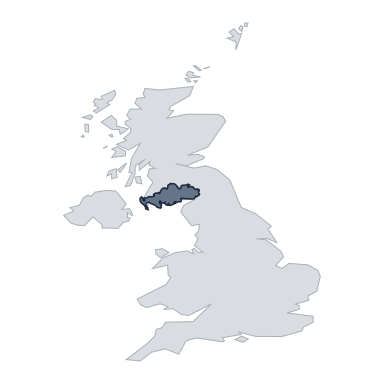 United Kingdom, with Dumfries and Galloway highlighted
{"feature_id": "GBR-2138", "entity_name": "Dumfries and Galloway", "entity_type": "Unitary District", "adm_level": 1, "iso_a3": "GBR", "parent_name": "United Kingdom", "parent_adm1": "", "projection": "equal_earth", "projection_center": [-4.095, 55.048], "detail": "fine", "context": "in_parent", "style": "filled", "palette": "slate", "viewbox_px": 384, "rotation_deg": 0, "n_neighbors": 0, "source": "natural_earth", "source_scale": "10m", "svg_char_len": 7396}
<svg xmlns="http://www.w3.org/2000/svg" viewBox="0 0 384 384"><path d="M211.5,303.8L188.9,315.4L181.8,314.7L173.1,308.7L164.1,309.5L167.9,306.5L160.1,303.8L146.5,307.6L140.7,304.9L137.1,299.1L166.3,284.4L170.8,277.3L168.2,275.1L167.6,265.1L152.4,268.6L163.3,257.6L176.4,252.3L187.7,251.0L193.7,253.8L191.9,249.5L194.5,248.4L198.3,252.4L202.7,252.2L194.5,245.6L198.0,238.5L194.9,235.0L198.6,231.2L199.4,224.2L191.7,225.8L180.7,211.9L183.9,205.2L194.9,199.5L181.7,199.7L171.3,205.0L163.7,202.9L156.9,205.7L149.2,202.9L146.8,207.9L141.1,202.5L140.2,198.5L143.2,198.4L153.0,182.2L147.5,176.0L149.2,168.8L155.4,168.5L148.8,165.0L149.9,161.7L139.4,170.1L139.2,164.6L145.0,159.4L135.1,166.0L135.0,173.8L130.5,185.7L125.1,186.6L132.0,172.8L129.0,172.4L131.4,158.8L140.3,143.2L128.5,150.1L116.5,144.4L126.6,140.2L123.4,138.7L130.2,132.6L131.0,128.6L125.2,124.2L125.1,121.5L130.6,119.1L126.6,115.4L130.1,109.0L141.3,109.0L135.0,103.3L136.9,98.2L145.1,97.5L143.1,93.9L145.0,88.4L159.4,90.0L193.5,86.4L189.6,95.7L170.4,106.6L169.2,109.8L173.7,110.8L166.8,118.1L187.7,114.1L218.2,114.4L223.4,117.1L225.6,121.3L207.9,146.9L187.6,155.3L198.3,154.3L204.2,156.7L203.7,158.7L186.3,165.8L175.5,163.7L194.3,168.1L205.7,165.8L217.2,169.6L229.8,180.0L241.2,207.4L255.7,213.8L271.2,226.1L268.1,229.2L276.8,242.5L266.7,238.4L256.6,238.8L266.1,239.8L281.1,251.4L283.5,257.1L275.7,265.4L281.8,268.6L289.0,263.4L307.6,264.8L317.8,270.4L320.3,276.1L316.9,291.2L307.7,296.1L308.9,300.3L295.3,304.1L299.2,305.5L299.2,309.4L287.0,312.9L313.2,316.3L313.0,322.4L303.8,326.9L301.7,331.0L281.9,336.5L255.6,336.4L238.8,332.0L241.0,334.5L222.5,337.7L224.4,341.0L222.5,341.8L196.8,338.0L186.1,340.9L178.8,354.1L165.1,348.9L150.9,352.4L140.4,361.0L126.1,359.6L146.5,344.2L154.8,336.0L156.4,329.3L162.4,327.6L165.3,322.2L193.1,321.6L211.5,303.8ZM118.1,228.3L101.9,228.0L102.0,224.7L92.9,216.9L84.5,225.6L77.3,225.3L70.9,223.0L63.7,215.4L73.8,210.9L69.9,207.6L79.2,205.4L83.9,197.1L87.9,195.1L90.9,196.5L94.9,192.2L107.0,190.4L115.8,191.1L126.2,203.8L122.0,209.4L129.6,208.7L132.4,213.9L132.1,215.8L127.3,212.3L127.6,217.7L130.1,218.0L128.8,221.2L123.2,222.4L118.1,228.3ZM115.6,94.5L112.4,99.7L106.7,102.6L109.8,104.7L96.4,112.9L93.3,111.0L99.0,107.7L94.1,105.3L95.9,103.9L93.4,102.5L95.0,98.7L102.5,99.7L101.3,96.3L114.7,90.3L115.6,94.5ZM116.6,120.3L116.7,126.1L128.3,128.8L120.3,134.4L119.2,129.6L111.9,129.5L101.1,122.2L111.3,115.4L116.6,120.3ZM234.0,28.8L239.1,34.3L241.6,33.5L236.0,49.9L236.0,41.9L226.9,38.2L233.9,36.7L229.0,32.1L234.0,28.8ZM125.3,155.9L111.7,157.5L116.2,151.4L111.7,149.0L117.2,146.6L125.7,151.4L125.3,155.9ZM162.1,248.7L169.0,252.4L160.5,257.9L155.9,253.8L155.5,249.7L162.1,248.7ZM116.2,168.8L117.1,177.3L111.6,178.9L111.7,173.5L106.9,176.1L108.9,171.1L116.2,168.8ZM193.4,72.7L193.0,75.4L200.6,76.9L190.6,78.0L186.0,75.0L188.6,71.3L193.4,72.7ZM142.0,183.9L136.3,182.8L135.3,177.0L140.1,176.3L142.0,183.9ZM248.2,338.9L243.3,342.3L235.0,339.7L241.6,336.1L248.2,338.9ZM120.2,172.4L117.6,169.9L126.5,162.9L124.6,166.4L120.2,172.4ZM90.2,114.9L93.0,116.6L90.6,119.5L82.4,117.4L90.2,114.9ZM88.7,132.2L85.4,131.7L84.8,124.1L88.4,124.4L88.7,132.2ZM241.8,31.6L238.8,29.0L240.4,25.7L242.9,26.6L241.8,31.6ZM201.3,70.1L199.2,70.8L193.4,66.0L195.2,65.4L201.3,70.1ZM190.7,81.7L187.9,82.0L185.0,78.2L188.1,78.4L190.7,81.7ZM248.1,23.0L247.0,26.7L244.6,26.3L244.7,23.1L248.1,23.0ZM208.7,67.6L203.0,68.8L209.2,66.8L208.7,67.6ZM112.9,136.8L111.2,137.1L109.1,135.2L111.9,134.2L112.9,136.8ZM197.3,80.7L195.4,82.8L193.9,80.8L197.3,80.7ZM106.4,147.2L102.9,148.2L107.6,146.0L106.4,147.2ZM84.3,136.8L82.1,137.2L81.2,136.6L83.4,135.2L84.3,136.8Z" fill="#d9dde1" stroke="#a8b0b8" stroke-width="1"/><path d="M199.6,194.5L199.0,195.1L198.9,195.2L198.7,195.4L198.6,195.5L197.7,195.8L197.2,196.5L196.9,196.7L196.5,196.8L196.3,196.8L195.4,196.4L195.2,196.4L195.0,196.6L195.0,197.4L194.9,197.5L194.6,198.0L194.5,198.6L192.3,199.0L184.2,198.6L183.7,198.5L183.3,198.4L183.0,198.3L182.6,198.4L182.7,198.5L182.8,198.6L182.3,198.7L181.9,198.6L181.2,198.2L180.8,199.0L181.1,199.4L181.2,200.0L181.2,200.7L181.2,201.2L180.9,201.7L180.5,201.9L178.1,201.7L177.4,201.8L176.9,202.5L175.1,202.3L175.2,202.5L174.8,202.6L174.7,202.5L174.5,202.3L174.8,201.9L175.1,202.1L175.0,201.8L175.0,201.7L174.9,201.6L174.6,202.0L174.2,202.3L174.3,202.6L174.2,202.7L173.8,202.9L174.7,203.6L173.1,204.2L171.1,205.3L169.9,205.4L169.1,205.3L169.1,205.1L168.9,205.0L168.8,204.9L168.9,204.7L168.9,204.4L169.0,203.9L168.9,203.6L168.6,203.5L168.6,203.4L168.2,203.6L167.9,204.1L167.8,204.6L168.1,205.1L167.1,205.2L165.7,204.6L164.8,203.5L165.1,202.3L164.7,202.4L164.1,203.0L163.6,203.1L163.3,203.1L161.4,202.5L161.1,202.3L160.8,202.1L160.6,201.6L160.5,201.3L160.3,201.0L159.9,201.0L159.7,201.1L159.5,201.4L159.4,201.8L159.3,202.2L159.5,202.9L159.7,203.4L159.9,203.6L160.3,203.6L160.7,203.7L161.0,203.8L161.3,204.1L161.4,204.5L161.2,204.9L161.0,205.3L161.4,205.7L161.1,206.2L161.1,206.9L161.3,207.5L161.1,207.7L161.0,207.8L160.8,208.0L160.7,208.1L160.4,208.2L159.8,208.1L159.3,207.9L158.6,207.6L158.4,207.5L157.5,207.5L157.2,207.4L155.8,205.7L154.9,205.1L151.9,203.8L150.7,203.6L150.2,203.3L149.7,202.4L149.2,202.2L148.2,202.3L147.6,202.5L147.0,202.8L146.5,203.2L146.1,203.6L145.9,203.9L145.8,204.0L145.7,204.2L145.7,204.4L145.8,204.7L145.9,205.1L146.1,205.4L146.4,205.5L146.5,205.9L146.8,206.6L147.2,207.4L148.0,207.9L148.0,208.1L147.8,208.7L147.8,209.0L148.2,209.7L147.6,209.6L146.5,209.1L146.0,209.0L145.7,208.8L145.6,208.3L145.6,207.8L145.9,207.5L145.7,207.3L145.6,207.1L145.6,206.9L145.7,206.6L145.2,206.6L144.9,206.4L144.8,206.1L144.6,205.7L144.5,205.3L144.2,205.1L143.7,204.9L141.3,202.8L140.6,201.9L140.1,200.7L140.0,199.5L140.1,198.3L140.3,197.7L140.6,197.5L141.2,197.5L141.4,197.5L141.6,197.4L141.7,197.0L141.9,197.2L142.2,197.5L142.3,197.7L142.7,198.2L142.8,198.5L143.0,198.8L143.0,199.1L142.9,199.9L143.1,200.2L143.4,200.5L143.8,200.8L144.3,200.9L144.7,200.5L144.8,200.4L144.9,200.1L144.0,198.8L143.9,198.5L143.8,198.2L145.0,197.8L145.7,197.8L146.6,198.1L146.8,198.0L147.5,197.6L147.7,197.1L147.9,196.9L149.7,196.6L150.4,196.9L150.7,196.7L152.3,196.7L154.1,196.3L154.3,196.1L154.4,195.8L154.4,195.6L153.7,195.3L153.5,194.6L153.7,194.2L154.6,193.6L156.1,193.0L156.4,192.9L157.7,193.2L158.3,193.0L158.5,192.9L158.7,192.5L159.0,192.5L159.2,193.5L159.5,193.5L159.9,193.2L159.9,192.5L160.4,192.3L160.6,191.1L161.2,190.4L161.3,189.7L162.0,189.3L162.6,188.3L162.9,188.2L164.0,188.4L164.3,188.0L165.4,188.1L165.8,188.3L166.3,188.9L166.7,189.0L167.3,188.5L167.3,188.0L168.0,187.1L167.7,186.3L167.8,185.5L168.4,184.9L170.1,184.3L170.2,184.2L170.0,183.7L170.6,183.5L170.8,183.4L171.3,183.7L173.3,183.7L174.6,183.9L176.1,185.1L176.7,186.3L177.6,186.6L177.6,187.6L177.8,187.9L178.6,188.2L179.3,188.9L180.0,188.8L180.0,188.2L181.1,187.6L181.1,187.0L181.3,186.5L181.2,185.9L182.9,185.1L184.4,185.3L185.2,185.0L186.9,185.0L187.1,184.9L187.6,184.2L188.3,184.5L189.2,184.5L189.5,184.6L189.5,184.8L188.5,185.4L187.9,185.9L187.9,186.6L187.8,187.0L188.4,187.3L189.1,186.8L190.4,186.3L191.0,186.6L191.5,187.0L192.4,186.8L193.0,186.9L193.2,187.1L193.2,187.6L194.2,188.3L194.6,188.8L194.5,189.2L194.8,189.4L195.4,189.3L195.8,189.5L196.4,189.1L197.1,188.9L197.6,189.2L198.5,189.2L198.8,189.4L199.0,189.7L198.3,190.0L198.1,190.3L198.3,190.5L199.1,190.5L199.2,191.1L198.7,191.6L198.6,193.1L198.7,193.4L199.3,193.7L199.6,194.5L199.6,194.5Z" fill="#64748b" stroke="#1e293b" stroke-width="1.5"/></svg>